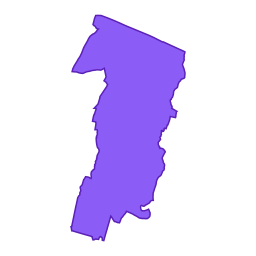 Bang Sao Thong, Samut Prakan, Thailand (Robinson projection)
{"feature_id": "78962969B16455268499709", "entity_name": "Bang Sao Thong", "entity_type": "district", "adm_level": 2, "iso_a3": "THA", "parent_name": "Thailand", "parent_adm1": "Samut Prakan", "projection": "robinson", "projection_center": [100.804, 13.633], "detail": "fine", "context": "isolated", "style": "filled", "palette": "violet", "viewbox_px": 256, "rotation_deg": 0, "n_neighbors": 0, "source": "geoboundaries", "source_scale": "gbopen_adm2", "svg_char_len": 5652}
<svg xmlns="http://www.w3.org/2000/svg" viewBox="0 0 256 256"><path d="M184.9,51.8L163.3,41.9L162.6,42.0L158.8,40.1L153.9,37.6L149.1,35.4L138.0,30.8L125.9,25.8L115.6,21.2L108.8,18.4L101.1,15.5L97.5,15.4L95.7,15.5L94.5,18.6L93.1,24.1L93.0,24.5L93.9,25.6L94.1,25.6L94.3,25.6L95.2,26.4L96.4,28.4L98.3,29.0L97.9,29.3L96.0,31.9L95.5,32.4L95.0,32.9L94.1,33.6L92.8,34.1L92.4,34.4L90.3,36.1L89.9,36.5L89.6,37.0L88.7,38.4L87.4,41.1L85.8,43.9L84.5,46.2L83.6,47.9L81.8,52.7L80.0,56.5L79.4,57.4L78.4,58.8L77.0,61.4L76.2,62.6L74.3,65.7L72.8,68.8L72.1,71.6L73.8,71.8L76.9,72.0L77.3,72.1L78.0,72.5L78.5,72.7L81.4,73.3L82.8,73.4L83.9,73.0L85.6,72.2L86.7,71.8L87.6,71.6L89.4,71.3L92.2,70.5L95.4,70.1L96.8,69.8L99.2,69.9L100.3,70.1L101.0,70.0L101.6,69.8L104.3,68.3L104.6,69.8L105.7,75.0L106.0,76.2L106.0,76.6L105.8,77.6L104.0,80.8L105.8,82.0L107.6,84.7L106.5,86.8L106.2,87.3L100.2,96.3L100.0,96.7L99.6,98.8L98.2,103.5L98.0,104.0L96.2,106.1L94.1,108.3L96.1,108.4L96.1,108.5L96.1,108.8L96.1,109.2L95.3,111.4L94.4,114.4L94.1,114.4L93.4,116.6L92.5,121.3L95.7,121.9L95.7,122.6L96.0,123.2L95.6,126.0L95.0,129.7L95.8,129.7L96.7,129.6L97.2,129.8L97.3,130.0L97.4,130.7L97.2,131.9L97.4,132.1L97.2,132.7L97.3,133.0L97.3,133.5L97.3,134.5L96.9,135.6L96.4,136.4L96.5,136.9L96.8,137.6L96.6,137.8L96.1,138.1L96.2,138.8L96.3,141.0L96.7,144.4L96.9,145.2L97.5,147.6L98.6,148.7L98.8,149.1L99.0,150.1L99.2,150.4L99.0,150.9L99.1,151.7L98.4,152.9L98.3,153.4L97.2,155.3L97.1,155.7L97.1,156.4L96.8,157.1L97.0,157.9L96.5,158.6L96.7,159.4L96.7,159.5L96.1,160.3L95.4,161.5L95.4,161.8L95.6,162.7L95.6,163.1L95.4,163.6L95.3,163.9L94.8,164.4L94.7,164.5L94.9,165.4L94.6,165.9L94.5,166.2L94.5,166.5L94.7,167.1L94.5,167.9L94.5,168.6L94.4,169.0L94.2,169.3L93.3,169.6L92.7,170.5L91.7,171.4L91.5,171.7L91.2,172.7L91.1,173.4L91.0,174.0L91.3,177.2L91.2,177.8L91.0,178.5L89.4,177.6L88.6,177.2L87.8,177.0L85.6,176.7L85.2,177.5L84.7,178.2L84.2,179.2L83.7,179.6L82.2,184.7L81.7,185.4L81.4,185.8L80.5,186.5L80.3,187.0L80.2,187.4L80.2,188.0L80.5,188.9L80.8,190.6L80.7,191.0L79.9,192.7L79.8,193.2L79.9,194.1L79.9,194.5L79.7,194.9L79.6,195.2L78.7,195.9L78.3,196.8L78.1,197.1L77.8,197.6L77.7,197.8L77.1,200.8L76.1,205.5L75.8,206.4L75.6,207.6L73.8,216.3L73.3,218.8L71.7,226.5L71.6,226.8L71.0,226.8L71.2,227.4L71.3,228.0L71.4,228.5L71.5,229.3L71.6,230.0L71.9,230.9L72.3,230.8L75.6,231.8L84.1,234.3L90.5,236.1L92.2,236.7L92.2,237.6L92.8,239.2L93.0,239.9L93.9,239.8L94.6,239.6L95.3,239.0L98.6,239.4L98.7,239.2L99.0,238.0L99.9,237.1L100.2,236.6L100.4,236.5L100.6,236.5L100.8,236.6L101.0,236.8L102.2,238.0L102.3,240.3L103.8,240.6L106.3,231.6L106.9,229.8L107.5,227.5L109.2,221.7L110.8,216.1L111.4,216.8L113.9,220.9L114.4,221.5L114.6,221.6L115.2,221.5L115.4,221.6L116.4,222.1L117.7,222.6L119.1,222.7L119.5,222.8L120.3,220.9L120.9,219.2L121.4,218.0L122.2,217.3L122.9,216.4L123.8,215.1L124.5,214.4L125.3,213.4L126.2,212.2L126.5,211.3L127.7,211.8L132.5,213.9L134.4,215.1L135.8,215.8L137.6,216.8L138.8,217.7L139.9,218.1L141.3,218.4L142.2,218.5L144.4,218.5L145.4,218.7L147.0,218.6L147.7,218.4L149.2,217.1L149.6,216.7L149.8,216.2L149.9,215.9L150.1,214.0L150.1,213.1L150.1,212.9L148.6,209.2L147.7,209.6L146.3,210.2L144.3,210.8L143.1,210.8L141.9,210.6L141.4,210.1L141.0,209.7L140.9,209.4L140.8,208.9L140.6,207.5L140.6,207.0L140.6,206.5L140.7,206.1L141.0,205.8L141.2,205.6L141.5,205.5L141.9,205.5L142.7,206.0L143.5,206.2L143.8,206.2L144.3,206.1L144.9,205.7L145.3,205.2L146.0,204.9L149.0,203.2L149.8,202.5L150.2,201.5L150.6,201.1L151.0,200.8L151.2,200.7L152.3,200.4L153.3,200.4L153.1,199.2L153.0,197.8L153.0,196.4L153.1,195.0L153.1,193.7L153.1,193.3L155.0,187.3L155.5,186.1L156.1,184.0L156.3,182.2L156.7,180.5L157.0,179.8L158.2,177.5L158.4,177.3L160.6,175.6L161.2,174.9L161.6,173.8L162.0,173.0L162.5,171.4L162.7,171.1L163.6,170.4L163.9,170.0L164.1,169.4L164.3,168.6L164.2,167.7L164.2,167.1L164.6,165.7L164.5,164.4L164.3,163.9L163.6,162.9L163.3,162.4L163.2,162.1L163.1,160.9L162.4,159.2L162.2,158.6L162.2,158.1L162.3,157.6L162.6,156.9L164.7,152.8L165.3,151.9L165.0,151.2L164.6,150.8L164.5,150.3L163.9,150.0L163.6,149.3L162.9,148.8L162.4,148.6L161.5,148.3L160.5,148.2L160.0,148.4L159.8,147.9L159.8,147.1L159.7,147.0L159.1,146.8L159.0,145.9L158.5,145.1L158.3,144.7L158.3,144.3L158.3,143.2L158.3,142.4L158.5,141.9L158.9,141.5L159.4,141.0L159.8,140.3L160.2,139.9L160.5,139.5L160.5,139.2L160.3,138.4L159.9,137.6L159.9,137.4L160.1,136.9L160.2,136.7L160.9,136.2L161.0,135.2L161.4,134.6L161.4,134.4L161.1,133.7L161.1,133.3L161.6,131.9L161.6,131.7L161.3,130.9L161.7,130.5L162.1,130.5L162.3,130.6L162.6,131.2L162.7,131.3L162.9,131.4L163.3,131.4L163.7,130.9L164.0,130.5L164.1,130.0L163.9,129.1L164.1,128.8L164.2,128.7L164.6,128.8L164.8,128.7L164.9,128.2L166.1,128.7L166.9,126.3L166.9,126.2L167.3,125.0L167.4,124.9L167.7,125.0L167.8,125.0L169.2,121.2L169.9,118.9L169.9,118.2L170.1,117.1L170.3,116.5L175.5,117.6L175.9,116.2L175.8,115.7L176.5,111.6L176.9,111.3L175.9,110.8L172.8,108.9L171.8,108.5L172.1,107.4L172.1,106.9L171.9,106.1L171.0,104.5L170.9,104.2L170.8,102.9L170.7,102.6L170.4,102.0L170.3,101.6L170.2,101.0L170.3,100.6L170.4,100.1L170.5,99.6L171.1,99.5L171.3,99.3L171.5,98.4L171.7,98.1L171.9,97.8L172.4,97.4L173.0,95.6L173.4,94.3L173.6,91.7L174.1,90.6L174.6,89.8L175.2,89.0L176.1,88.5L176.7,88.0L177.2,87.6L177.4,87.3L177.6,86.8L177.9,85.3L178.1,84.3L178.8,82.7L179.0,82.1L180.1,81.1L180.6,80.6L180.7,80.4L181.2,79.2L181.4,79.1L182.6,78.9L183.4,78.5L183.9,78.3L184.4,77.9L184.7,77.5L184.7,76.9L185.0,73.6L184.9,72.4L183.9,68.6L183.4,67.2L182.7,65.5L182.6,65.0L182.5,64.5L182.5,64.2L183.9,60.7L184.2,60.0L184.2,59.5L184.0,58.5L184.2,56.7L184.1,55.0L184.2,54.7L184.7,53.4L184.9,51.8Z" fill="#8b5cf6" stroke="#5b21b6" stroke-width="1.5"/></svg>